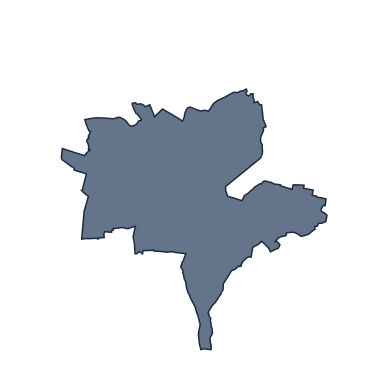 Beius, Bihor, Romania, rotated 136°
{"feature_id": "2599482B17721412870044", "entity_name": "Beius", "entity_type": "district", "adm_level": 2, "iso_a3": "ROU", "parent_name": "Romania", "parent_adm1": "Bihor", "projection": "mercator", "projection_center": [22.351, 46.679], "detail": "fine", "context": "isolated", "style": "filled", "palette": "slate", "viewbox_px": 384, "rotation_deg": 136, "n_neighbors": 0, "source": "geoboundaries", "source_scale": "gbopen_adm2", "svg_char_len": 5987}
<svg xmlns="http://www.w3.org/2000/svg" viewBox="0 0 384 384"><g transform="rotate(136 192 192)"><path d="M220.6,315.1L223.6,307.8L223.5,306.5L223.2,306.2L223.6,306.0L224.0,305.6L226.8,304.4L227.7,304.3L228.0,303.7L228.5,302.9L229.0,302.4L229.8,302.5L230.0,302.9L230.6,302.3L231.2,302.5L232.2,301.9L232.4,301.5L232.4,300.8L232.7,300.7L233.0,299.3L235.1,296.0L235.6,295.3L236.1,295.3L236.7,294.6L237.1,294.4L237.1,294.0L236.8,293.7L236.4,293.6L236.1,292.9L240.6,293.4L241.8,293.1L242.4,293.1L243.2,292.7L243.7,292.6L243.9,292.7L246.8,297.8L249.9,303.6L255.1,313.4L258.7,310.3L262.0,307.5L262.7,306.5L263.0,305.5L261.5,297.0L261.2,294.1L260.3,293.0L260.2,292.2L260.4,290.9L261.6,289.6L257.2,281.8L255.4,278.4L269.7,269.5L270.3,269.9L270.3,269.7L270.4,266.8L269.6,260.8L283.1,253.0L304.1,234.7L302.4,233.6L300.0,231.6L298.4,229.8L294.6,226.7L293.4,225.4L292.1,223.6L292.0,224.1L291.7,224.2L290.9,223.7L290.6,223.4L289.3,222.1L288.5,221.6L286.7,220.2L286.3,220.9L285.6,221.8L285.1,222.6L284.1,223.2L282.2,224.0L278.3,219.3L277.8,218.9L277.1,219.5L276.3,220.2L276.0,220.2L275.1,219.3L273.8,220.5L273.5,220.2L273.1,219.6L269.2,216.6L268.2,216.0L265.8,213.8L265.6,213.3L265.6,212.9L265.5,212.5L264.9,211.7L264.2,210.9L263.7,210.3L262.9,209.7L262.4,209.5L261.3,209.1L260.2,208.6L257.9,207.4L256.9,206.9L256.5,206.6L257.2,206.3L265.6,200.6L267.6,197.3L269.6,194.4L272.4,191.3L275.9,187.0L275.2,186.4L274.7,186.1L274.2,185.9L273.6,185.9L272.5,186.2L272.2,186.2L271.8,185.9L271.3,185.2L271.0,184.2L270.8,183.0L270.6,181.9L267.9,183.8L264.4,180.6L262.6,178.9L259.9,176.9L260.5,176.2L252.8,167.5L252.9,167.2L249.1,163.9L248.5,163.9L245.9,160.0L239.3,151.9L240.1,151.7L240.4,151.4L242.2,150.5L244.1,149.7L245.8,148.7L247.2,148.3L247.9,148.3L249.7,147.1L251.4,146.5L251.7,146.4L252.6,144.7L253.0,142.0L253.7,141.0L254.8,140.3L255.8,138.1L258.0,134.8L259.0,131.6L260.9,129.0L261.8,128.0L264.5,123.1L265.8,118.6L266.7,117.2L269.5,107.4L270.3,105.7L272.0,102.8L273.4,99.6L273.4,98.9L274.1,98.1L276.7,93.7L278.0,91.2L279.1,90.4L282.1,88.2L283.0,87.7L286.2,85.3L288.0,83.0L292.2,77.5L293.6,75.3L294.3,73.6L294.8,73.1L295.1,72.5L292.6,71.1L292.4,70.9L290.1,68.2L288.1,65.5L287.9,65.4L287.3,65.9L285.8,67.2L284.6,68.6L283.8,70.3L280.6,74.4L279.9,74.8L278.7,75.2L277.3,75.4L275.1,76.5L272.1,80.3L272.0,81.5L270.7,82.6L270.2,83.8L269.3,84.8L267.7,87.4L266.5,87.8L265.9,90.4L265.3,92.1L264.3,92.9L264.7,93.6L262.0,94.8L256.3,96.3L252.7,96.3L249.3,96.9L244.0,98.3L242.3,98.3L240.7,99.4L237.7,100.0L233.2,104.2L217.8,108.0L217.6,107.6L214.8,106.5L212.2,106.4L209.9,106.5L209.7,105.3L208.6,104.8L208.2,104.6L207.7,104.8L207.4,105.7L205.7,105.8L205.0,106.4L202.3,106.7L198.2,106.6L196.6,106.1L194.6,104.1L190.1,107.6L187.0,109.8L185.1,109.6L182.4,108.7L180.4,108.1L176.3,108.3L175.9,104.8L175.8,103.1L176.0,101.7L175.8,100.3L175.8,99.0L176.4,96.7L177.2,94.5L176.4,94.3L174.1,93.5L172.0,92.9L169.7,91.8L169.2,91.7L168.6,91.8L167.6,92.1L166.4,92.5L165.7,92.9L165.3,93.2L165.3,94.2L165.3,94.9L165.3,96.2L165.3,96.7L165.6,97.7L166.0,98.2L166.5,98.6L162.0,98.9L160.9,98.7L160.0,98.4L158.9,97.9L156.8,96.6L155.2,95.7L154.4,95.5L153.6,95.9L152.7,96.9L151.6,96.4L150.1,95.3L148.0,93.5L147.0,92.5L146.2,91.2L145.5,89.5L145.0,88.5L145.0,87.0L144.6,85.4L144.6,85.0L143.8,83.9L141.5,82.6L137.9,80.8L136.9,80.6L130.9,80.1L129.5,79.7L127.9,81.6L127.7,81.5L127.4,81.9L126.7,81.4L125.7,80.4L122.7,81.6L121.8,80.7L120.3,79.4L119.7,79.1L117.9,78.4L116.1,77.8L111.0,81.6L111.3,85.3L111.7,85.8L112.1,86.6L112.2,88.3L111.9,88.8L111.6,89.3L110.9,90.0L107.3,91.1L106.6,90.7L105.7,89.7L100.4,93.9L102.8,97.8L105.6,101.3L105.3,102.6L107.9,106.1L103.5,109.2L109.2,117.2L106.7,119.0L107.7,120.3L107.8,120.3L114.1,126.8L115.6,126.1L118.1,124.3L121.2,129.8L124.0,134.9L123.3,135.5L124.6,137.4L125.1,137.8L126.3,139.5L127.4,140.6L127.6,140.9L127.6,141.6L128.2,143.3L128.3,143.7L128.5,144.2L128.9,144.8L129.3,145.1L129.5,145.2L130.0,146.2L130.3,147.0L131.4,148.7L132.0,149.3L133.1,149.9L133.6,150.0L135.3,149.9L136.5,149.6L137.3,150.7L143.5,152.0L144.7,152.0L147.0,151.6L147.7,152.1L153.5,152.2L154.4,152.6L156.1,152.9L157.3,152.9L158.1,152.4L162.1,151.1L167.0,160.3L169.3,163.9L169.2,164.4L166.6,169.9L164.1,172.6L119.3,168.8L114.9,170.6L112.9,172.4L110.7,175.1L108.6,177.3L108.1,179.3L107.9,180.1L106.3,182.0L105.1,183.3L103.7,184.1L99.7,185.7L98.5,186.3L97.9,186.6L97.2,187.3L96.7,187.8L96.2,188.6L94.0,187.7L93.5,187.6L93.2,187.7L93.1,188.0L92.7,188.8L91.4,192.2L90.9,193.1L90.5,194.3L89.9,195.5L88.5,197.0L87.7,198.4L87.4,198.7L86.3,199.7L86.0,200.3L83.1,204.3L82.0,205.5L81.4,206.3L81.8,207.0L82.6,207.9L82.2,210.5L81.9,211.5L83.0,211.9L85.2,213.0L84.5,213.4L83.8,214.6L83.3,215.3L82.2,217.7L79.9,220.3L80.2,220.7L81.7,221.8L83.3,221.9L84.9,221.9L84.9,222.6L85.1,224.0L85.0,224.8L84.6,225.9L82.9,226.0L82.7,226.0L82.1,226.7L81.7,227.6L81.5,228.5L83.1,228.9L84.7,229.1L85.3,229.7L86.7,230.7L88.4,231.3L89.8,231.8L91.1,232.7L92.3,234.5L93.9,235.1L102.5,237.4L104.7,238.2L109.6,239.9L113.8,240.6L115.9,240.6L121.3,239.2L123.8,238.8L126.5,242.4L127.9,243.1L129.3,244.1L130.9,246.8L132.4,249.9L133.6,252.9L134.7,254.7L136.6,255.5L138.7,255.3L141.2,254.2L143.0,253.2L144.2,252.4L145.6,251.3L147.6,250.3L149.6,249.5L150.5,253.9L152.4,260.9L155.4,271.5L155.5,272.2L165.5,272.2L166.7,272.1L163.1,280.8L161.7,284.0L166.3,285.8L166.5,286.4L166.5,287.3L166.6,288.3L166.7,288.9L167.2,290.3L168.1,291.4L169.1,292.3L170.1,292.9L170.6,293.4L170.7,293.7L170.6,294.3L170.5,295.0L170.6,295.4L173.4,297.4L173.8,296.9L174.7,295.6L175.8,292.9L177.7,287.6L177.7,287.3L177.4,286.9L177.2,286.5L177.3,286.0L177.5,283.3L177.6,282.0L177.8,281.3L178.0,280.5L178.1,279.8L178.1,279.1L178.8,278.9L179.3,279.0L180.2,279.7L180.5,280.1L181.4,280.2L183.0,279.7L184.7,279.4L186.6,279.7L188.7,280.7L190.1,281.7L190.7,283.5L190.6,285.6L190.3,287.7L190.2,289.7L190.7,292.1L191.6,294.8L193.0,297.0L194.5,297.6L196.3,298.5L198.0,299.6L201.8,304.0L203.8,306.1L205.1,307.7L209.1,311.6L212.9,314.6L218.8,318.6L220.6,315.1Z" fill="#64748b" stroke="#1e293b" stroke-width="1.5"/></g></svg>